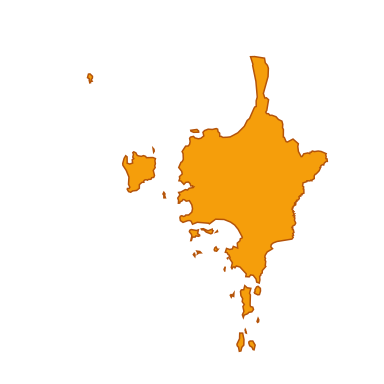 the district of Sattahip, Chon Buri, Thailand, rotated 12°
{"feature_id": "78962969B45333129363776", "entity_name": "Sattahip", "entity_type": "district", "adm_level": 2, "iso_a3": "THA", "parent_name": "Thailand", "parent_adm1": "Chon Buri", "projection": "mercator", "projection_center": [100.926, 12.687], "detail": "fine", "context": "isolated", "style": "filled", "palette": "amber", "viewbox_px": 384, "rotation_deg": 12, "n_neighbors": 0, "source": "geoboundaries", "source_scale": "gbopen_adm2", "svg_char_len": 6151}
<svg xmlns="http://www.w3.org/2000/svg" viewBox="0 0 384 384"><g transform="rotate(12 192 192)"><path d="M315.3,126.6L309.9,125.5L306.9,125.7L303.4,127.0L301.1,126.9L300.4,128.3L299.3,128.5L299.2,129.9L297.2,129.7L293.4,131.4L292.3,134.4L291.4,134.7L287.7,130.3L286.0,125.4L286.0,122.7L279.8,119.2L274.9,123.3L273.5,123.1L270.9,119.4L269.9,119.2L268.4,111.8L267.2,110.4L266.7,106.9L265.2,104.0L261.5,103.1L258.5,100.9L254.2,100.3L252.3,100.8L250.5,99.5L248.7,99.8L247.5,98.5L248.2,96.6L247.7,85.8L245.2,84.4L243.7,84.9L241.3,80.8L242.4,63.3L241.0,55.1L239.4,52.4L236.8,50.4L235.1,46.0L225.1,46.5L221.1,47.5L225.1,54.5L225.0,55.6L231.5,70.5L236.1,85.6L235.8,89.4L237.0,95.0L235.8,95.7L235.3,97.0L233.0,108.1L231.1,110.6L229.5,116.9L224.5,124.6L218.0,130.1L215.1,131.1L210.8,132.2L208.9,131.5L207.6,131.8L206.8,128.7L204.9,127.5L204.0,125.2L202.5,124.9L198.9,126.6L194.7,127.2L191.5,129.3L190.3,131.3L191.9,134.7L189.5,137.6L187.2,138.6L183.6,138.5L181.9,137.3L179.1,138.6L178.5,140.0L179.7,143.1L179.7,145.9L178.7,147.8L176.2,148.5L173.9,154.5L175.3,156.3L176.7,161.9L176.1,164.3L175.0,165.4L173.9,170.8L177.6,173.9L178.7,176.4L176.5,179.6L177.2,181.4L176.9,183.7L178.7,183.5L182.5,186.2L184.0,183.8L186.5,183.0L188.3,184.1L189.6,186.3L191.3,185.8L191.6,187.0L192.6,186.7L192.3,187.4L188.5,188.9L187.2,191.0L185.0,191.0L181.2,194.3L179.0,195.2L180.8,197.3L179.3,200.9L180.6,203.0L181.0,205.8L182.3,205.4L182.5,204.0L184.1,202.8L184.8,201.2L186.2,201.1L188.2,202.2L191.2,201.0L194.5,204.6L196.0,208.2L196.0,211.7L193.6,215.1L190.6,215.9L190.0,217.1L188.7,217.7L187.0,217.3L185.7,218.1L185.5,219.6L186.6,222.4L189.5,223.6L194.0,220.8L195.9,220.4L197.2,220.8L199.2,223.4L203.5,220.5L214.7,219.1L215.6,219.6L220.7,213.7L229.1,212.2L235.9,213.4L240.6,215.4L244.9,218.9L250.6,225.7L250.4,226.8L249.0,227.6L249.0,229.8L246.9,232.6L248.3,237.3L243.7,236.6L243.3,239.3L240.8,240.4L237.5,240.0L237.1,244.0L239.1,244.1L240.2,245.6L241.4,246.0L242.9,248.3L242.7,249.3L246.2,252.8L246.1,257.6L247.1,258.7L247.8,256.8L249.0,256.5L249.8,257.2L250.7,255.2L254.5,255.4L262.1,260.8L262.2,263.6L265.6,263.1L266.6,260.9L269.2,260.8L272.7,263.8L274.0,266.7L276.7,267.1L276.7,263.9L275.7,260.5L276.6,259.1L276.3,258.1L277.5,256.6L277.1,254.2L279.7,249.5L279.0,248.9L278.5,244.4L277.5,243.3L277.7,241.5L276.8,240.8L276.7,238.8L278.0,235.0L282.6,230.7L280.5,229.2L280.5,226.9L282.1,224.9L285.5,222.7L299.5,217.3L300.4,215.4L299.4,214.2L300.3,213.2L299.2,211.6L300.1,210.4L299.0,207.9L298.1,207.8L298.1,206.2L297.1,206.1L297.5,204.6L299.4,202.7L299.9,200.8L298.1,198.4L298.0,196.0L297.2,195.5L297.5,194.0L295.9,194.0L296.7,192.3L296.2,192.5L295.4,190.9L295.7,190.1L294.8,190.2L295.0,189.3L293.5,188.2L293.5,186.8L294.1,186.6L293.9,185.1L296.1,182.9L295.7,182.0L294.8,182.4L294.7,181.3L295.9,181.0L295.6,179.9L296.6,179.1L296.1,178.4L297.8,177.4L298.3,175.8L297.6,174.3L298.4,173.3L299.2,173.5L299.4,171.6L300.2,171.7L300.2,170.8L301.7,169.9L300.8,166.0L300.2,165.9L300.2,163.8L298.9,163.1L298.7,160.0L302.2,157.9L302.1,157.1L305.1,156.6L305.8,155.7L306.9,156.1L307.0,155.2L308.8,153.5L308.2,150.9L308.7,149.1L309.7,148.5L311.9,144.9L312.5,142.2L312.0,141.4L312.8,141.0L312.6,139.4L314.0,138.1L315.2,138.2L315.3,136.4L316.8,134.2L318.0,133.9L317.2,131.5L316.0,131.5L315.8,129.1L315.0,128.0L315.3,126.6ZM129.0,165.4L126.7,164.8L125.9,165.8L126.9,167.4L126.8,170.2L128.1,171.5L126.8,172.9L127.9,176.0L125.3,177.6L122.6,177.3L121.2,171.1L119.6,170.3L118.6,173.2L118.3,178.6L118.9,180.3L123.2,184.6L127.2,190.5L128.3,197.7L130.2,200.2L129.8,201.6L128.1,202.0L128.1,202.9L129.9,204.8L132.1,205.0L133.7,203.3L137.5,202.0L139.7,199.3L139.0,195.7L141.1,192.9L142.9,192.5L142.5,191.4L143.0,190.3L144.4,189.5L146.0,189.7L146.7,188.8L149.2,188.1L149.6,186.4L151.5,185.7L151.9,183.7L149.6,178.9L150.9,175.8L150.1,174.2L150.3,171.9L149.2,169.1L149.3,166.9L146.6,166.4L140.3,167.9L139.2,166.8L137.0,166.5L135.0,167.7L131.8,167.8L130.5,167.3L129.0,165.4ZM265.9,274.2L263.1,272.6L262.9,276.8L260.6,277.5L260.1,279.2L261.4,283.2L263.7,285.7L263.9,288.9L266.5,291.1L265.6,293.4L267.6,298.0L266.8,301.7L268.3,304.1L268.6,301.6L271.7,299.5L272.7,297.9L275.4,296.8L276.6,294.1L275.4,292.0L273.1,291.9L272.3,290.4L270.5,280.5L269.3,279.1L269.6,274.0L265.9,274.2ZM270.9,319.5L268.0,320.1L269.0,325.6L267.6,331.5L268.2,333.0L269.8,334.2L271.4,338.0L272.9,337.3L273.0,333.6L274.5,331.0L273.5,325.5L270.9,319.5ZM206.1,231.5L206.1,227.7L204.4,228.7L199.0,228.9L197.7,230.0L197.7,231.4L200.2,233.5L201.0,235.2L200.9,239.8L201.5,239.6L201.7,236.1L204.5,235.4L205.0,234.1L207.6,234.0L208.6,233.2L208.4,232.5L206.1,231.5ZM285.6,328.6L282.4,325.1L279.8,325.7L278.9,326.5L278.9,327.8L280.4,330.4L283.0,331.4L284.4,333.4L285.5,333.5L285.6,328.6ZM278.9,272.0L276.2,270.5L274.9,271.4L273.9,274.5L274.4,276.3L273.8,277.2L274.4,278.1L277.8,278.9L279.3,278.3L279.6,274.6L278.9,272.0ZM70.1,103.3L70.9,101.2L70.6,99.5L67.7,97.7L66.2,98.2L66.0,101.9L68.1,102.6L68.2,104.1L69.6,105.3L71.3,104.4L70.1,103.3ZM220.1,225.7L219.5,224.1L215.7,226.6L210.7,225.5L208.7,226.2L209.2,226.9L211.5,226.6L214.3,228.3L219.1,229.0L220.2,228.2L220.7,225.6L220.1,225.7ZM186.1,132.1L185.8,131.0L183.8,129.8L177.9,131.9L178.3,132.7L181.2,133.3L186.1,132.1ZM228.7,242.8L226.9,240.7L225.9,242.0L225.7,243.9L226.3,244.8L228.4,244.8L229.5,242.6L228.7,242.8ZM165.9,200.9L166.0,199.5L164.5,198.1L164.0,200.0L165.2,201.2L165.8,204.2L165.9,203.3L167.2,203.2L165.9,200.9ZM254.5,285.5L254.0,282.0L253.0,284.5L251.5,284.2L250.9,285.0L252.3,286.8L252.8,285.1L254.5,285.5ZM212.1,248.6L209.0,248.8L210.3,250.3L210.2,251.4L211.4,250.2L213.6,249.6L212.1,248.6ZM283.3,305.9L284.1,305.1L283.9,303.1L282.9,301.8L282.5,305.1L283.3,305.9ZM208.2,254.6L208.1,252.9L207.2,252.0L207.2,250.8L206.3,253.0L208.2,254.6ZM240.7,263.0L240.3,261.4L240.1,258.1L239.4,260.9L240.7,263.0ZM146.6,159.9L145.9,158.1L144.8,157.3L146.2,161.0L146.6,159.9ZM274.5,318.7L274.0,317.4L273.2,317.0L273.6,318.5L274.5,318.7ZM223.8,226.3L225.3,225.5L224.8,224.6L223.8,226.3ZM273.1,316.7L273.3,316.0L272.7,315.3L272.6,316.1L273.1,316.7ZM240.3,249.4L240.8,249.8L241.0,248.7L240.3,249.4ZM69.7,106.3L69.0,105.8L69.3,106.5L69.7,106.3Z" fill="#f59e0b" stroke="#b45309" stroke-width="1.5"/></g></svg>